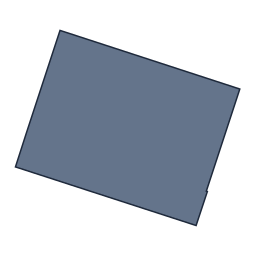 outline of Cloud, Kansas, United States of America, rotated 198°
{"feature_id": "52423323B72487446056915", "entity_name": "Cloud", "entity_type": "district", "adm_level": 2, "iso_a3": "USA", "parent_name": "United States of America", "parent_adm1": "Kansas", "projection": "robinson", "projection_center": [-97.65, 39.48], "detail": "fine", "context": "isolated", "style": "filled", "palette": "slate", "viewbox_px": 256, "rotation_deg": 198, "n_neighbors": 0, "source": "geoboundaries", "source_scale": "gbopen_adm2", "svg_char_len": 257}
<svg xmlns="http://www.w3.org/2000/svg" viewBox="0 0 256 256"><g transform="rotate(198 128 128)"><path d="M223.0,56.2L33.1,56.3L32.9,92.1L34.0,92.1L33.7,199.6L222.8,199.8L223.1,92.1L223.0,56.2Z" fill="#64748b" stroke="#1e293b" stroke-width="1.5"/></g></svg>